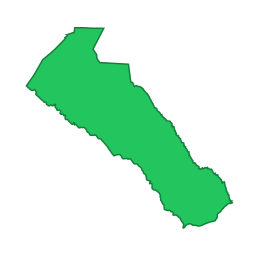 the district of Yatta, Eastern, Kenya, rotated 355°
{"feature_id": "3690345B64365899844795", "entity_name": "Yatta", "entity_type": "district", "adm_level": 2, "iso_a3": "KEN", "parent_name": "Kenya", "parent_adm1": "Eastern", "projection": "orthographic", "projection_center": [37.614, -1.242], "detail": "fine", "context": "isolated", "style": "filled", "palette": "green", "viewbox_px": 256, "rotation_deg": 355, "n_neighbors": 0, "source": "geoboundaries", "source_scale": "gbopen_adm2", "svg_char_len": 5918}
<svg xmlns="http://www.w3.org/2000/svg" viewBox="0 0 256 256"><g transform="rotate(355 128 128)"><path d="M38.7,67.4L30.6,77.0L30.6,77.4L31.6,78.4L31.9,79.1L32.7,79.5L33.8,81.0L34.9,81.9L35.3,81.9L36.5,82.4L38.1,81.5L38.6,81.7L39.1,83.0L39.6,83.8L40.0,84.9L39.3,85.5L39.1,86.0L39.2,86.5L40.0,87.7L40.8,88.2L42.0,89.7L43.3,91.0L44.2,92.2L45.2,93.2L45.9,93.7L46.2,94.4L46.5,94.8L46.8,95.0L48.2,95.1L48.5,95.4L49.0,97.5L49.9,98.0L50.6,98.8L51.4,99.1L51.9,99.1L52.7,98.4L53.2,98.3L53.5,98.4L54.2,99.1L54.9,99.4L55.4,99.3L56.8,98.1L57.6,98.2L57.9,98.5L57.9,98.8L57.3,99.8L57.4,101.0L57.6,101.5L58.6,102.2L58.5,103.2L58.8,103.9L59.5,104.3L61.1,104.1L61.7,104.5L62.2,105.2L62.3,105.7L62.2,106.2L61.6,107.4L61.9,108.1L62.7,108.5L64.2,108.3L64.7,108.5L65.0,108.9L65.0,109.7L65.2,110.1L66.5,110.0L66.8,110.2L66.8,111.0L66.4,111.4L66.2,112.7L66.3,113.6L66.9,114.2L68.0,114.1L68.7,114.6L69.4,115.7L72.4,119.3L72.9,119.5L73.4,119.3L73.9,118.9L73.9,118.4L74.2,118.0L74.8,117.9L75.1,118.3L75.1,118.8L74.8,119.8L74.9,120.2L75.3,120.2L76.1,120.0L76.5,120.1L76.8,120.3L77.8,121.9L79.1,123.5L80.3,123.6L81.4,123.2L83.0,123.7L84.2,123.5L84.6,123.7L86.4,126.2L86.9,128.2L88.5,129.3L89.5,131.6L90.1,132.0L95.0,132.3L95.4,132.4L95.8,132.8L97.3,135.7L97.8,136.0L99.6,136.5L100.4,136.9L100.8,138.0L103.0,140.7L106.1,145.1L107.2,147.5L108.5,149.4L109.4,151.2L111.4,154.3L112.1,154.4L114.0,153.7L116.5,153.7L117.4,153.9L117.8,154.1L118.6,154.9L119.5,157.2L119.7,157.6L120.4,158.2L120.9,158.3L122.3,158.3L123.9,158.1L125.3,159.1L127.6,158.9L128.0,159.2L128.3,160.0L129.1,161.1L130.0,162.8L130.7,163.9L131.8,164.4L134.2,164.6L135.3,166.8L136.7,167.8L137.9,169.2L138.3,171.3L139.3,172.5L139.6,174.1L140.0,174.9L140.9,175.4L141.7,176.5L141.9,177.1L141.8,178.1L142.1,179.5L141.9,180.7L142.2,181.3L143.9,182.2L145.7,182.7L145.9,183.1L144.8,184.5L144.6,184.9L144.6,185.3L144.9,185.4L146.1,185.3L146.6,185.4L146.9,185.8L147.1,187.9L146.7,189.0L146.7,189.9L147.0,190.6L148.2,191.9L149.4,192.1L151.0,192.9L151.7,194.0L152.7,194.6L153.3,195.2L153.8,196.6L154.4,197.3L154.4,198.0L154.0,198.9L154.0,199.4L154.4,200.6L154.2,202.6L155.2,204.4L155.9,206.5L156.9,207.5L157.1,208.0L157.1,212.1L157.4,212.4L160.0,213.6L161.3,213.8L162.6,213.8L162.9,213.9L163.2,214.2L163.3,214.8L163.6,215.2L164.8,215.4L165.2,215.6L165.5,216.1L165.7,217.4L165.3,218.3L165.5,218.8L168.0,218.8L168.8,219.1L169.5,219.9L170.2,220.3L170.8,221.5L171.9,222.2L172.2,222.6L172.5,223.9L173.0,224.5L173.2,225.3L173.9,226.7L174.8,227.8L175.0,229.6L174.2,231.7L174.2,232.1L174.6,232.5L175.9,231.6L177.2,229.9L179.5,229.0L181.4,228.8L181.9,228.8L184.2,230.6L185.5,230.5L186.2,230.9L187.6,230.9L188.9,231.7L189.9,231.9L192.2,231.6L197.8,229.7L199.0,229.5L201.7,228.7L205.4,228.3L206.8,227.9L207.8,226.3L208.3,226.2L209.1,224.7L209.2,222.9L209.4,222.1L209.7,221.6L210.8,220.6L212.9,219.4L215.0,216.9L216.2,216.2L216.6,215.4L221.0,212.3L221.7,212.0L224.4,211.9L225.2,211.7L225.4,211.4L224.3,210.9L224.1,210.5L224.3,210.1L224.9,209.8L223.8,209.5L223.6,208.7L222.7,208.4L223.0,207.5L222.9,207.0L223.0,206.6L222.3,204.5L222.7,204.0L222.7,203.5L221.7,202.5L221.6,202.1L221.7,201.0L220.6,200.1L220.6,199.8L220.9,199.4L220.2,196.8L220.4,196.4L220.3,196.0L220.0,195.4L219.5,193.8L219.7,192.6L219.3,191.0L219.4,190.3L219.2,190.0L217.9,190.3L217.2,191.1L216.8,190.9L216.8,190.1L217.1,189.5L216.4,188.1L216.4,187.6L215.7,187.0L214.6,185.3L214.1,185.3L213.2,183.2L213.5,183.0L213.3,182.5L212.9,182.4L211.6,182.6L211.4,181.8L211.0,181.6L210.9,181.3L211.0,180.8L210.6,180.9L210.1,181.3L209.8,181.1L208.7,179.2L208.4,178.1L207.5,176.3L206.6,176.5L205.6,176.0L204.5,175.1L204.2,175.0L203.6,175.2L203.3,174.8L203.4,174.2L202.6,174.4L201.1,174.2L200.8,174.4L200.5,174.8L199.4,175.1L199.0,174.5L198.7,174.2L198.2,174.4L198.0,175.0L196.8,175.3L196.4,175.3L196.2,174.9L195.9,174.8L194.9,174.8L194.8,174.4L195.4,173.6L195.2,172.9L194.7,172.1L192.9,171.2L192.7,170.3L192.0,169.5L192.1,169.0L191.4,168.8L191.0,168.5L190.5,168.9L190.2,168.9L189.9,168.6L189.6,167.5L189.9,166.4L189.4,165.6L189.0,165.4L188.8,164.5L187.2,161.3L186.4,160.8L186.5,160.4L187.0,159.8L186.4,158.7L186.8,157.3L185.8,156.9L185.4,156.7L185.0,155.0L184.5,153.9L184.1,153.6L183.6,152.9L183.7,151.6L183.4,151.4L182.6,151.5L182.2,151.2L182.1,150.7L182.5,150.0L182.2,149.2L182.2,147.8L181.1,147.3L180.4,147.4L180.1,147.1L180.0,146.1L179.6,145.5L179.6,144.4L179.2,143.2L178.7,143.1L178.4,142.2L177.6,141.3L177.7,140.3L177.0,139.8L176.1,139.8L176.0,139.5L175.3,138.8L175.3,138.1L175.7,137.8L175.1,136.1L174.5,135.5L174.8,135.2L174.6,134.7L174.2,134.4L174.3,133.7L173.9,132.3L174.0,131.0L173.7,130.7L173.0,131.0L172.5,130.9L172.2,130.6L172.8,130.1L172.5,129.8L172.0,129.8L171.8,129.3L172.3,127.9L172.0,127.5L171.9,127.1L171.6,126.6L171.0,126.2L170.6,125.2L170.2,124.8L167.8,124.5L167.4,124.3L167.3,123.9L166.8,123.8L166.6,122.8L165.4,121.6L165.1,121.7L165.1,121.3L164.9,121.0L164.5,120.8L164.0,120.2L163.4,119.8L163.3,119.4L162.6,118.5L163.0,118.2L162.9,117.6L162.2,117.6L161.8,117.4L160.8,115.1L160.3,115.0L160.1,114.6L159.0,113.7L158.5,112.8L158.5,111.9L158.1,111.0L157.7,110.8L157.1,110.2L156.6,110.1L156.1,109.8L155.7,108.4L155.2,107.3L155.1,106.2L154.4,105.4L154.3,104.7L153.7,104.0L153.7,103.5L153.3,102.7L153.2,101.9L152.7,101.4L151.5,98.1L150.8,96.8L150.2,96.2L150.1,95.5L149.8,95.1L149.4,94.9L148.8,94.2L148.6,93.7L147.7,92.9L147.7,92.5L147.3,91.8L146.5,91.3L146.5,90.5L146.3,90.1L145.7,89.8L145.6,89.4L144.6,88.8L144.2,88.2L143.0,87.6L142.6,87.7L140.9,87.2L140.2,86.5L138.9,86.8L138.2,87.3L137.7,86.9L137.4,86.5L137.4,85.1L136.9,83.9L136.5,83.2L135.9,82.7L135.1,82.8L134.8,82.6L134.0,64.6L133.3,64.4L131.2,64.1L105.7,60.4L104.7,58.9L103.0,56.0L103.2,52.2L100.0,46.4L112.5,26.6L108.2,26.1L107.9,26.3L105.9,25.8L104.2,25.9L101.8,25.5L100.3,25.4L96.6,24.9L94.8,24.5L83.7,23.5L82.7,28.0L75.0,29.8L75.4,30.0L75.3,31.0L75.0,31.4L73.0,32.4L73.1,33.0L73.4,33.4L61.4,43.8L48.9,52.7L38.7,67.4Z" fill="#22c55e" stroke="#15803d" stroke-width="1.5"/></g></svg>